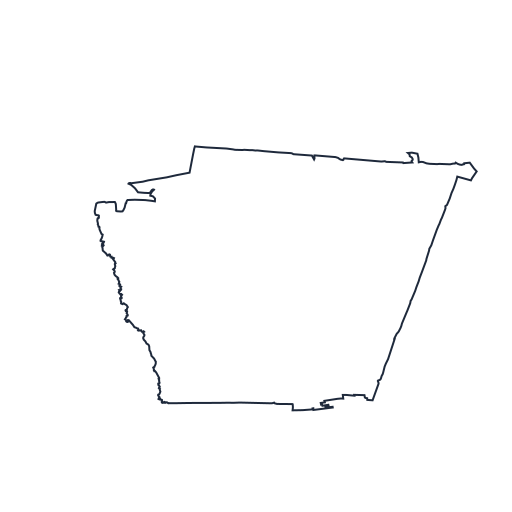 outline of Perieti, Olt, Romania, rotated 204°
{"feature_id": "2599482B88325539322464", "entity_name": "Perieti", "entity_type": "district", "adm_level": 2, "iso_a3": "ROU", "parent_name": "Romania", "parent_adm1": "Olt", "projection": "robinson", "projection_center": [24.585, 44.417], "detail": "fine", "context": "isolated", "style": "outline", "palette": "slate", "viewbox_px": 512, "rotation_deg": 204, "n_neighbors": 0, "source": "geoboundaries", "source_scale": "gbopen_adm2", "svg_char_len": 6052}
<svg xmlns="http://www.w3.org/2000/svg" viewBox="0 0 512 512"><g transform="rotate(204 256 256)"><path d="M404.2,206.6L403.5,206.5L402.8,206.8L400.7,207.2L400.6,206.3L401.4,205.5L401.6,204.2L401.3,204.0L400.2,204.3L399.5,203.7L399.6,203.4L400.6,203.3L401.0,203.0L401.0,202.6L400.0,202.5L399.9,202.3L400.0,201.5L399.4,200.8L398.4,199.0L398.1,198.6L393.7,197.2L393.5,196.9L392.7,196.5L392.1,196.0L391.5,196.1L391.0,197.5L390.4,197.9L389.8,197.7L389.0,196.2L388.8,196.2L387.7,196.6L387.4,195.7L386.6,195.8L385.8,196.3L384.9,196.3L384.9,195.9L385.7,195.2L382.0,193.1L381.9,192.4L381.3,192.1L381.7,191.2L381.4,190.7L380.4,189.5L380.3,188.2L380.0,187.5L380.2,186.9L380.9,186.2L381.1,185.7L379.6,185.1L378.8,184.5L378.6,183.9L378.9,182.9L378.2,182.0L377.5,181.3L375.9,180.6L373.9,180.2L372.8,179.7L372.8,179.4L373.2,179.0L372.9,178.5L372.1,178.3L371.1,177.3L370.5,177.0L370.4,176.2L369.9,175.6L370.1,174.8L368.9,174.8L368.5,174.6L368.7,173.2L368.5,172.9L367.7,172.7L367.0,173.2L366.6,173.1L366.9,172.3L366.6,171.1L366.3,170.8L365.7,170.9L365.5,170.5L365.7,169.9L367.1,169.2L366.2,168.5L366.7,167.8L366.6,166.9L365.2,166.1L364.8,166.0L363.7,166.5L362.6,166.1L362.7,165.8L363.4,165.2L362.8,164.8L362.8,164.0L362.7,163.8L361.6,163.1L361.6,162.9L362.8,162.4L363.0,162.3L363.0,162.1L362.1,161.0L361.7,160.8L361.3,159.9L360.4,159.2L360.1,157.9L359.8,157.7L358.2,157.8L357.8,158.9L357.3,159.0L356.5,158.7L354.4,158.5L352.3,157.2L352.5,155.9L352.2,154.5L352.6,154.0L353.1,153.6L353.1,153.3L352.6,152.8L351.5,153.1L351.2,153.0L351.0,152.5L351.0,151.2L349.2,150.0L349.0,149.6L349.0,149.3L349.9,148.5L349.5,147.4L349.8,146.8L349.7,146.1L350.0,144.9L348.6,144.5L348.3,144.2L348.0,143.5L347.1,143.3L346.5,143.5L346.2,143.9L346.4,144.5L346.9,145.1L346.9,145.4L346.1,145.6L340.4,143.0L338.1,141.5L336.5,141.7L335.4,141.5L334.3,141.8L333.5,141.2L333.4,141.0L333.6,140.1L333.4,140.0L332.8,140.1L330.8,141.4L330.1,140.7L329.5,140.4L328.9,140.7L328.2,141.5L327.6,141.4L327.4,141.3L327.7,140.9L327.7,139.8L325.8,138.5L325.6,137.7L325.9,136.0L325.8,135.5L325.4,134.7L324.7,134.2L324.5,133.9L322.3,133.0L320.4,131.5L318.4,131.3L317.7,130.9L316.8,130.0L315.1,126.7L313.1,125.2L312.7,124.5L311.7,123.5L311.0,122.3L307.3,120.8L305.2,119.1L304.6,118.8L303.8,116.8L303.7,115.1L303.8,114.3L303.7,113.3L304.4,112.7L304.5,112.2L303.8,111.8L303.4,111.1L302.8,110.5L302.8,110.0L302.0,109.4L301.4,109.8L299.8,109.0L295.0,105.3L295.1,104.4L294.4,104.2L294.4,103.4L293.7,102.7L293.5,102.1L292.5,100.9L292.5,100.6L293.4,99.7L292.8,98.5L292.4,98.3L291.8,98.4L291.1,97.5L290.7,97.3L291.0,96.6L291.0,95.8L289.7,95.5L289.7,94.9L289.6,94.7L288.2,93.2L288.1,91.0L288.2,90.3L288.9,89.6L288.9,89.1L287.9,88.3L286.7,87.8L286.6,87.5L287.0,86.7L286.9,85.7L286.3,85.7L285.9,86.5L285.6,86.6L285.2,85.9L284.1,86.3L283.4,86.3L283.3,86.2L283.3,85.6L282.2,84.9L282.4,84.3L282.6,84.1L282.3,83.8L281.3,83.9L280.3,85.3L279.6,84.8L279.1,85.0L278.8,85.8L278.1,85.8L277.8,86.1L276.2,85.8L275.8,86.2L275.4,86.2L270.7,88.3L257.6,94.4L230.0,106.8L222.7,110.2L216.5,112.9L211.2,115.5L182.5,127.5L181.3,128.1L179.8,129.4L179.2,129.0L176.6,129.4L162.6,135.5L162.2,135.5L161.1,133.5L160.6,132.4L159.8,129.9L150.6,134.2L141.7,139.0L142.3,139.8L141.7,140.2L140.9,138.7L124.3,148.8L124.7,149.4L130.7,145.8L131.2,146.4L128.4,148.2L129.4,149.5L134.4,146.2L135.3,147.3L136.1,146.7L137.1,148.1L133.6,150.3L134.6,151.5L123.6,158.6L120.4,160.4L118.3,161.2L120.2,164.4L116.7,165.9L109.3,168.4L109.8,169.1L100.3,173.0L99.0,171.0L97.9,170.9L96.6,171.3L95.8,169.8L90.8,171.6L92.1,189.2L92.5,190.0L93.9,191.4L93.9,191.8L92.4,193.3L92.1,194.0L92.1,195.3L92.4,197.3L92.4,198.2L92.2,199.2L92.4,201.1L93.5,207.3L93.6,210.4L93.4,215.5L95.6,236.6L96.0,236.5L96.1,237.0L95.8,242.3L95.2,243.9L94.9,245.2L94.7,249.1L94.8,251.3L95.2,253.6L95.5,265.9L95.5,267.5L95.9,275.5L96.5,278.0L96.2,279.5L96.4,289.0L96.8,292.8L97.1,299.0L97.6,302.8L97.9,308.6L98.7,321.2L99.1,322.7L100.1,331.4L100.6,333.1L100.2,337.0L100.7,342.4L101.5,353.5L101.6,358.3L101.5,359.6L101.8,364.5L101.7,366.5L102.1,374.8L102.3,376.7L103.3,378.5L103.2,378.8L102.4,380.0L102.3,381.1L102.4,387.2L103.0,393.1L103.0,397.6L103.3,401.9L103.8,407.0L104.4,410.4L90.4,412.5L90.3,414.9L88.8,423.0L92.4,424.6L98.7,428.2L103.5,425.4L103.2,424.6L103.4,424.3L104.3,423.9L104.9,423.1L105.2,422.9L106.9,422.4L109.2,422.2L111.6,422.5L111.8,421.4L113.6,420.5L116.0,418.7L126.0,414.7L127.9,413.6L135.0,410.8L137.9,410.0L141.7,409.8L143.6,409.1L145.4,407.8L147.7,412.0L150.1,415.1L155.7,413.8L159.1,411.9L157.1,411.3L156.1,409.7L153.7,409.4L152.3,408.3L152.0,407.6L152.5,406.1L152.3,405.6L151.3,405.0L159.2,400.8L159.8,401.2L174.5,395.3L175.3,395.0L176.8,395.0L179.8,393.3L215.0,381.1L215.4,380.8L215.3,379.4L215.6,378.9L218.0,378.5L219.2,378.6L220.9,379.0L223.6,378.7L243.3,371.8L243.6,371.6L242.2,368.8L242.2,367.8L245.8,370.5L263.3,364.2L264.6,364.4L265.9,364.2L277.8,359.7L291.7,354.9L297.4,353.1L299.5,352.1L302.2,351.3L304.4,350.3L310.0,348.2L311.5,347.3L318.3,344.5L320.5,344.0L326.6,342.2L345.2,335.1L355.3,331.6L356.4,331.3L356.1,329.0L354.8,323.1L350.6,305.1L361.5,297.5L369.6,291.5L385.2,281.3L389.7,277.8L400.1,271.4L400.5,271.6L401.1,271.3L401.7,270.8L401.9,270.4L401.9,270.2L399.0,270.2L395.1,269.0L393.8,268.5L389.7,266.2L383.9,268.2L379.8,269.8L378.6,270.5L378.0,273.8L377.2,274.9L376.5,275.1L376.2,275.1L376.3,274.5L377.1,273.0L377.5,270.1L377.4,269.0L377.1,268.1L374.5,268.6L372.7,267.9L371.6,267.4L370.6,264.8L374.3,263.8L380.0,262.0L389.6,258.1L396.1,254.9L396.4,254.2L396.4,252.9L396.1,251.4L396.5,251.1L395.7,246.8L395.8,244.0L396.1,242.5L397.5,241.7L401.3,240.3L402.2,240.4L402.6,241.5L404.9,245.9L405.5,246.8L406.9,247.9L412.2,245.5L414.7,243.8L416.3,243.9L417.7,243.2L421.7,240.8L422.4,240.2L423.2,238.9L421.6,231.4L420.7,229.8L419.3,228.4L418.5,228.5L416.4,229.1L416.0,229.0L415.1,227.0L415.3,226.4L415.9,226.2L416.0,225.9L415.8,225.0L415.3,223.6L413.6,221.4L413.4,220.5L412.7,220.0L411.8,218.7L411.0,218.9L410.7,218.7L410.2,217.3L409.4,216.3L406.1,213.3L404.8,213.2L404.4,211.5L404.2,209.5L404.4,207.3L404.2,206.6Z" fill="none" stroke="#1e293b" stroke-width="2"/></g></svg>